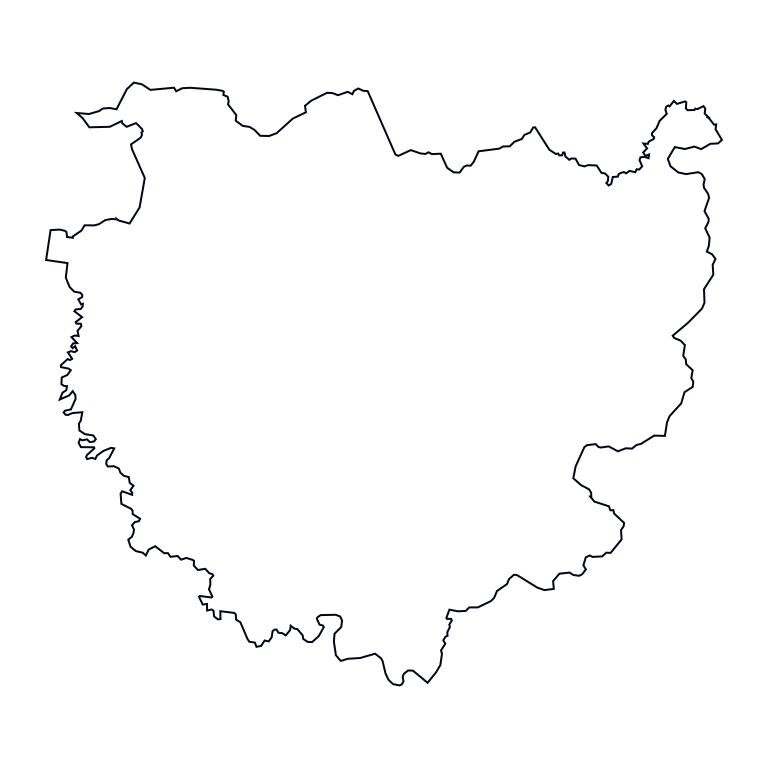 the district of Comoe, Komoé, Burkina Faso
{"feature_id": "67063806B6461887322435", "entity_name": "Comoe", "entity_type": "district", "adm_level": 2, "iso_a3": "BFA", "parent_name": "Burkina Faso", "parent_adm1": "Komoé", "projection": "orthographic", "projection_center": [-4.497, 10.243], "detail": "fine", "context": "isolated", "style": "outline", "palette": "ink", "viewbox_px": 768, "rotation_deg": 0, "n_neighbors": 0, "source": "geoboundaries", "source_scale": "gbopen_adm2", "svg_char_len": 6009}
<svg xmlns="http://www.w3.org/2000/svg" viewBox="0 0 768 768"><path d="M703.5,106.1L697.4,109.1L695.2,108.6L694.5,110.0L687.6,110.2L685.9,108.5L686.3,102.3L685.1,101.4L676.9,103.9L673.9,100.9L669.6,106.4L668.2,105.5L666.2,106.8L665.4,109.7L666.7,113.9L659.6,120.9L656.5,128.2L652.1,133.0L652.0,135.3L654.2,137.3L653.7,138.9L648.7,141.7L647.9,143.9L643.4,143.5L647.1,148.4L643.2,152.4L645.3,155.9L649.0,154.5L648.6,158.2L644.7,156.9L640.5,157.3L639.5,160.1L642.2,166.4L639.1,169.6L636.7,169.2L635.3,172.2L629.6,170.9L626.1,173.3L624.0,172.1L621.4,172.7L618.6,174.1L617.9,176.6L612.8,177.0L611.2,183.9L608.6,185.5L606.4,183.0L607.9,181.0L608.3,176.8L605.1,173.5L601.4,172.8L596.7,165.5L588.1,165.1L584.5,166.4L579.0,165.0L575.5,158.6L571.4,158.5L569.3,159.8L565.4,156.5L564.5,152.5L563.0,152.5L562.2,155.3L559.3,155.4L558.2,153.5L555.9,154.0L549.4,149.8L535.1,127.3L533.2,127.5L530.2,132.5L524.4,134.9L521.8,139.0L514.3,141.8L509.8,146.3L502.9,146.5L499.4,148.6L478.6,151.3L473.8,161.8L470.6,165.7L466.7,165.5L463.9,166.8L459.6,172.6L453.5,172.3L447.1,167.7L440.8,153.7L431.9,154.1L428.5,152.3L425.3,154.0L420.4,153.4L410.8,150.1L398.3,155.9L395.4,154.5L367.7,91.1L363.3,90.8L358.3,88.5L353.9,90.9L352.4,94.2L347.7,91.8L338.0,95.2L332.6,93.1L327.0,92.8L311.2,100.7L305.0,105.8L305.9,112.3L292.8,118.6L276.6,133.2L269.1,136.0L260.2,135.8L254.6,130.0L249.5,126.9L242.8,125.9L235.7,120.7L236.3,115.1L228.0,104.3L228.7,101.3L227.6,96.7L223.4,95.0L223.8,91.7L222.7,90.9L216.1,89.7L190.5,87.8L182.3,88.2L176.2,91.3L174.0,87.7L150.4,89.9L141.9,84.3L133.9,82.6L126.9,89.1L116.5,109.3L109.8,108.0L102.9,108.5L99.0,111.1L89.0,114.0L76.7,113.0L82.7,118.2L89.3,127.3L109.8,126.8L121.8,121.0L122.2,123.2L126.6,126.8L136.1,123.1L142.0,129.0L142.8,131.3L141.5,132.5L142.0,135.1L140.5,137.8L131.0,144.4L132.1,149.4L144.8,178.0L139.6,207.4L129.6,223.5L118.7,220.5L116.3,218.6L116.3,219.4L111.6,218.9L105.3,220.1L98.9,224.2L94.2,225.4L84.6,225.3L81.3,230.7L72.8,236.4L72.8,237.8L67.0,237.0L66.5,232.1L64.9,230.8L59.8,229.6L50.6,230.1L46.1,260.0L67.5,263.1L65.8,277.7L69.6,287.0L74.1,291.6L80.4,292.8L82.3,294.9L82.2,297.0L78.3,299.4L81.1,304.4L82.9,303.8L82.7,306.4L80.7,309.0L75.7,309.4L74.4,311.3L82.1,317.1L75.7,322.1L76.4,323.6L80.9,323.8L81.4,326.1L77.5,330.8L78.6,336.0L74.7,335.5L71.5,337.1L77.1,343.1L73.1,343.4L71.1,346.4L72.8,348.2L75.1,346.1L77.1,350.5L74.8,352.1L70.8,351.2L67.9,352.4L72.2,358.8L69.9,360.1L67.7,359.0L60.8,365.3L61.0,367.1L68.5,368.6L70.8,370.2L67.3,375.0L61.8,377.5L61.4,384.1L64.0,386.0L67.0,386.1L66.3,390.2L62.5,392.7L59.8,399.5L69.2,395.4L72.7,391.2L75.3,394.9L75.6,398.9L70.9,409.4L65.0,410.7L63.6,412.4L65.5,414.7L67.9,415.0L72.3,413.1L82.3,412.2L80.8,420.5L78.9,423.7L79.4,430.5L84.8,434.1L93.4,435.5L95.8,439.2L94.0,441.5L89.8,442.1L87.1,439.4L82.2,440.3L80.0,439.1L78.6,442.9L80.9,447.1L94.1,447.3L94.3,448.4L87.0,455.0L86.1,457.1L87.1,459.1L91.9,457.8L95.3,459.0L97.0,455.5L103.5,450.9L111.2,447.8L114.2,448.4L109.1,458.2L106.7,460.3L106.2,464.0L107.8,466.5L113.9,466.2L118.8,468.5L120.4,472.7L123.9,475.8L128.8,477.1L129.7,482.8L133.5,485.7L130.3,490.3L132.3,492.8L132.1,494.8L122.2,491.3L120.6,493.6L121.4,503.9L131.1,508.8L132.6,510.7L132.7,514.1L140.1,518.8L138.8,521.3L134.9,522.0L132.0,525.4L134.0,529.4L133.5,532.9L131.9,536.8L128.3,539.6L130.5,546.7L135.9,551.1L142.8,552.7L145.8,555.5L148.7,549.6L155.2,546.2L164.2,553.2L167.9,553.1L170.5,556.8L177.7,556.0L181.1,559.7L186.3,557.9L192.9,560.0L194.0,560.9L193.8,565.6L197.9,570.0L205.3,568.8L209.1,573.1L212.4,574.2L213.3,575.7L210.2,579.0L210.4,584.3L209.0,589.4L212.4,596.6L211.5,597.5L199.8,596.0L199.0,596.8L202.7,604.5L207.0,604.0L207.1,610.5L211.8,609.5L213.5,610.7L214.1,616.4L217.8,619.3L220.5,619.1L220.3,611.2L234.2,612.9L235.8,614.3L236.1,619.6L240.4,622.3L247.4,638.8L249.4,641.8L254.8,642.5L256.5,646.8L261.1,645.9L264.6,640.5L268.7,641.4L271.7,637.3L272.6,631.1L274.6,629.6L276.6,629.6L278.4,632.7L282.4,633.2L285.8,635.4L290.1,630.1L290.7,625.7L294.5,628.7L297.3,629.1L302.6,635.2L303.3,639.0L307.7,641.9L312.1,642.1L318.8,636.1L323.8,627.1L323.0,625.6L319.5,624.6L316.8,618.7L317.4,617.4L320.6,615.1L335.7,614.8L340.2,616.5L342.1,620.7L341.2,627.0L334.5,633.8L333.9,641.7L335.9,655.2L339.8,659.9L341.0,660.9L347.6,658.8L360.1,658.0L375.1,653.7L381.1,658.4L382.6,661.1L385.5,673.4L388.4,679.7L393.0,684.1L399.5,685.4L401.9,684.3L403.5,681.4L402.7,677.0L403.8,673.9L408.1,670.5L412.9,670.6L427.6,682.8L436.0,672.4L440.4,665.0L442.0,653.6L441.0,650.5L445.3,643.7L443.3,640.3L445.5,636.7L447.5,635.9L447.3,632.2L449.9,627.0L449.3,624.6L451.8,620.5L451.2,618.9L446.8,618.8L446.4,617.8L449.4,609.7L457.9,611.3L465.8,610.9L469.3,607.4L477.8,607.4L490.9,601.1L494.2,597.8L497.0,591.0L507.0,584.1L509.0,579.1L513.9,574.8L516.9,575.0L537.3,587.6L544.4,590.1L553.8,588.9L553.1,581.1L559.4,573.7L569.5,572.6L573.4,575.0L579.1,575.8L582.1,574.3L585.9,569.4L583.4,565.3L585.8,557.3L589.7,555.5L592.6,556.9L602.2,556.4L606.2,552.7L610.6,552.9L621.6,539.4L621.0,530.1L623.6,526.3L624.1,522.9L614.2,513.6L613.3,510.1L610.4,510.3L608.9,506.3L594.4,501.6L590.3,496.6L591.3,496.6L591.1,492.7L589.1,489.4L581.1,485.1L573.3,478.3L575.6,466.5L584.3,447.3L586.8,445.2L595.7,444.1L598.6,447.1L601.0,447.5L608.7,446.4L617.9,451.3L625.8,448.3L632.0,448.6L636.5,445.0L640.9,443.9L654.2,435.6L664.9,435.9L667.0,422.4L669.6,416.1L681.2,403.4L684.5,392.2L692.7,386.9L693.3,381.7L691.3,378.1L692.7,370.3L686.2,364.2L685.8,359.5L683.2,355.8L684.9,345.1L680.7,340.7L674.1,337.9L672.7,335.7L688.0,322.8L701.9,308.7L704.5,302.7L704.0,289.2L713.3,274.7L712.7,264.8L715.5,258.9L712.0,254.2L706.8,251.6L708.9,245.8L709.6,237.5L705.2,228.3L708.4,222.2L708.7,218.8L704.5,211.1L709.1,197.8L708.1,193.9L704.1,187.9L703.5,184.8L704.7,179.0L701.8,174.1L698.3,172.2L686.1,174.1L678.4,172.5L670.5,166.3L667.8,158.9L674.8,147.1L684.9,149.0L694.4,146.6L701.2,149.1L710.4,143.8L718.1,143.4L721.9,139.9L715.6,129.3L716.2,124.4L714.1,124.7L708.6,117.7L706.4,116.9L708.2,116.9L704.7,113.6L705.3,108.7L703.5,106.1Z" fill="none" stroke="#020617" stroke-width="2"/></svg>